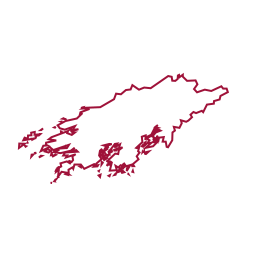 outline of Conamara North Lea-4, Galway, Ireland, rotated 332°
{"feature_id": "5873133B12097804140145", "entity_name": "Conamara North Lea-4", "entity_type": "district", "adm_level": 2, "iso_a3": "IRL", "parent_name": "Ireland", "parent_adm1": "Galway", "projection": "natural_earth1", "projection_center": [-9.915, 53.454], "detail": "fine", "context": "isolated", "style": "outline", "palette": "rose", "viewbox_px": 256, "rotation_deg": 332, "n_neighbors": 0, "source": "geoboundaries", "source_scale": "gbopen_adm2", "svg_char_len": 5851}
<svg xmlns="http://www.w3.org/2000/svg" viewBox="0 0 256 256"><g transform="rotate(332 128 128)"><path d="M209.8,122.0L210.0,117.7L202.3,114.1L200.5,108.4L201.4,106.7L197.4,107.3L198.0,105.1L196.7,105.1L194.9,108.0L191.9,108.6L189.3,107.0L190.6,103.3L187.9,101.0L166.7,103.5L161.3,99.9L155.7,99.3L152.0,92.2L148.4,95.2L144.0,93.5L137.6,94.9L133.6,92.1L129.2,96.0L113.3,96.6L98.1,89.3L96.8,89.4L102.3,92.0L102.1,93.0L93.4,91.8L92.3,93.0L94.7,93.5L87.3,95.6L76.1,92.5L67.1,92.6L67.7,96.3L71.4,99.8L82.2,101.4L75.7,104.9L79.3,104.1L83.7,105.8L78.9,104.9L77.0,106.3L78.8,107.1L75.1,107.7L71.9,104.0L73.6,102.5L56.1,100.2L52.8,100.8L58.8,105.3L48.8,102.5L47.7,104.1L48.7,105.6L44.9,103.9L40.2,107.5L49.9,108.0L51.7,112.4L68.0,115.1L64.7,117.0L55.8,113.1L51.4,113.0L57.2,115.0L51.2,114.5L56.6,118.5L66.9,121.2L71.6,120.4L67.5,122.2L71.8,123.1L72.5,125.3L60.9,120.1L57.9,121.9L61.5,123.7L59.5,124.9L69.5,126.6L65.6,126.9L64.5,130.5L62.3,131.5L60.8,129.6L59.7,129.6L61.4,131.3L60.2,132.0L58.3,128.8L51.8,127.5L51.0,130.6L48.5,130.6L43.3,138.2L48.8,135.5L54.5,139.9L55.9,136.9L60.5,136.7L60.5,138.3L63.6,135.1L69.2,138.1L70.2,143.5L81.2,144.0L81.9,145.1L79.5,146.0L83.0,147.5L84.1,146.8L82.3,146.3L83.3,144.6L90.1,143.0L89.6,138.7L92.6,134.9L95.3,134.2L93.6,135.4L95.7,136.8L101.0,133.4L100.0,133.6L98.3,131.9L104.0,133.3L106.1,134.6L102.0,134.0L100.7,134.9L102.3,135.5L99.8,135.5L100.0,136.8L95.6,137.4L96.3,141.7L99.2,142.9L99.7,139.8L101.3,139.2L101.0,141.4L102.7,141.3L102.7,138.8L108.9,135.9L111.2,136.7L106.8,138.8L113.4,138.6L110.4,141.7L114.1,142.5L109.5,143.3L107.1,146.4L104.7,144.6L95.0,147.3L94.6,149.1L95.8,149.1L95.8,149.3L94.2,150.8L96.9,149.6L97.5,150.9L91.9,157.1L98.3,160.0L99.3,155.6L100.9,158.3L104.0,157.4L106.5,160.8L107.8,160.1L106.7,157.8L107.9,157.6L108.4,160.9L114.3,162.1L113.8,163.7L115.4,164.5L115.3,162.2L122.6,160.6L122.4,157.1L126.7,155.1L126.0,153.3L128.9,150.1L126.5,150.0L125.9,149.4L134.1,147.2L136.1,142.2L140.1,142.8L137.7,146.7L140.6,144.5L142.1,145.9L139.5,145.9L141.2,148.9L137.8,150.6L141.9,152.0L134.3,153.8L141.6,155.9L147.0,154.2L143.3,152.2L145.4,151.1L146.2,147.4L143.4,144.8L150.0,145.0L149.7,144.1L149.9,143.3L147.9,143.1L152.5,139.9L155.8,139.4L152.6,140.0L154.7,142.1L151.2,141.6L149.9,143.9L151.9,143.2L154.7,144.4L155.5,145.6L150.5,145.0L146.8,146.4L146.1,148.4L148.7,150.9L149.6,149.1L150.0,149.2L149.8,152.4L150.9,151.1L155.3,152.8L152.2,156.3L154.9,157.8L153.3,162.8L154.3,163.8L161.3,159.6L165.2,152.8L168.2,152.3L169.0,148.5L173.5,152.0L177.7,149.0L178.3,146.0L182.3,149.8L184.8,149.8L189.6,148.5L189.4,145.6L193.3,144.6L195.1,146.8L201.3,147.5L201.8,149.3L208.7,144.4L215.2,146.8L216.6,144.6L222.3,145.8L224.7,143.1L233.0,143.2L233.6,139.5L230.5,137.9L230.0,135.0L218.9,134.4L213.8,130.2L205.7,128.9L204.6,124.6L209.8,122.0ZM39.3,89.1L36.2,87.7L34.5,90.4L32.2,88.0L29.8,89.7L41.5,93.6L44.7,91.1L42.3,90.1L43.8,87.7L40.3,86.7L39.3,89.1ZM95.4,141.8L92.0,139.5L93.8,138.9L93.6,136.5L91.6,136.8L91.4,139.6L92.8,141.8L92.1,142.3L91.9,145.1L95.0,144.8L92.6,142.2L95.4,141.8ZM22.4,94.4L29.4,93.4L24.7,90.7L22.4,94.4ZM102.3,160.3L97.8,161.5L97.5,162.1L101.8,162.7L101.7,164.8L104.0,165.3L102.3,160.3ZM49.3,111.7L46.8,108.8L43.6,109.7L46.4,112.4L49.3,111.7ZM135.3,158.5L131.3,157.4L131.0,158.9L131.6,159.4L135.3,158.5ZM110.6,163.0L108.1,163.1L106.7,165.4L110.6,163.0ZM51.3,117.3L47.4,117.8L51.7,117.8L51.3,117.3ZM79.8,156.1L80.3,158.1L81.8,156.3L79.8,156.1ZM48.6,116.1L48.8,114.1L47.3,115.8L48.6,116.1ZM88.9,145.6L87.5,147.8L89.4,146.8L88.9,145.6ZM148.7,152.5L146.6,152.3L147.6,154.2L148.7,152.5ZM95.1,163.4L96.5,162.1L94.0,163.1L95.1,163.4ZM32.0,106.9L30.4,106.3L29.2,107.9L32.0,106.9ZM136.3,150.0L134.6,151.4L137.2,150.5L136.3,150.0ZM38.1,111.6L35.5,112.2L38.9,112.2L38.1,111.6ZM44.4,92.1L45.7,92.7L47.8,92.2L47.1,91.8L44.4,92.1ZM134.3,151.3L133.0,150.5L132.0,151.0L132.6,151.7L134.3,151.3ZM103.3,159.5L104.8,161.2L105.2,160.4L103.3,159.5ZM50.4,89.1L52.8,88.5L50.0,88.9L50.4,89.1ZM76.6,90.6L75.6,89.1L74.6,89.1L76.6,90.6ZM146.9,151.8L147.2,150.5L145.8,150.5L146.9,151.8ZM89.0,161.9L89.9,161.1L88.5,161.1L89.0,161.9ZM68.4,100.6L67.2,99.5L66.9,100.1L68.4,100.6ZM92.7,150.6L91.5,151.5L93.0,151.1L92.7,150.6ZM111.9,169.3L112.2,168.0L111.3,168.7L111.9,169.3ZM35.1,140.9L34.5,140.3L33.9,140.1L35.1,140.9ZM105.7,140.9L106.6,141.6L106.8,141.0L105.7,140.9ZM77.3,103.2L77.4,102.5L76.1,102.5L77.3,103.2ZM63.7,93.4L64.7,92.9L63.2,92.9L63.7,93.4ZM29.5,96.3L28.7,95.5L28.8,96.4L29.5,96.3ZM38.1,92.7L37.9,93.4L38.7,93.4L38.1,92.7ZM35.4,106.8L34.4,106.4L34.4,106.8L35.4,106.8ZM45.1,132.7L44.6,132.4L44.1,132.9L45.1,132.7ZM47.3,130.5L48.8,130.2L48.3,129.9L47.8,130.0L47.3,130.5ZM109.7,140.5L108.6,141.0L108.7,141.4L109.7,140.5ZM106.3,168.0L106.7,168.7L106.7,168.3L106.3,168.0ZM67.4,139.5L68.0,140.6L68.5,139.9L67.4,139.5ZM53.3,140.9L54.1,141.4L53.8,140.8L53.3,140.9ZM96.0,88.4L97.3,88.9L98.0,88.6L97.3,88.4L96.0,88.4ZM136.5,148.8L135.8,148.8L135.5,149.6L136.5,148.8ZM133.4,149.9L132.7,150.2L133.4,150.5L133.4,149.9ZM51.1,139.3L51.8,140.0L51.6,139.2L51.1,139.3ZM39.6,139.5L39.0,140.2L40.1,139.5L39.6,139.5ZM45.4,131.8L44.9,131.3L44.5,131.6L45.4,131.8ZM72.3,91.3L73.3,91.4L72.1,91.1L72.3,91.3ZM108.7,142.0L108.0,142.3L108.7,142.0ZM42.2,138.4L43.2,138.6L43.1,138.2L42.2,138.4ZM93.6,146.8L93.9,147.4L94.1,147.2L93.6,146.8ZM96.5,143.1L96.2,143.6L96.8,143.3L96.5,143.1ZM130.8,156.8L131.2,156.1L130.5,156.5L130.8,156.8ZM32.4,93.7L31.8,94.1L32.4,94.0L32.4,93.7ZM94.5,151.8L95.0,152.1L95.0,151.8L94.5,151.8ZM82.0,152.5L82.3,152.2L81.9,152.2L82.0,152.5ZM63.5,115.6L63.6,115.1L63.3,115.3L63.5,115.6ZM101.8,159.2L101.9,159.7L102.7,159.0L101.8,159.2ZM77.3,91.0L78.0,91.0L77.2,90.9L77.3,91.0ZM107.0,142.3L107.5,141.8L106.6,142.1L107.0,142.3ZM38.3,140.7L38.3,140.2L37.9,140.4L38.3,140.7ZM130.0,155.6L129.5,156.2L130.2,156.0L130.0,155.6ZM47.4,130.2L46.6,130.3L46.7,130.6L47.4,130.2Z" fill="none" stroke="#9f1239" stroke-width="2"/></g></svg>